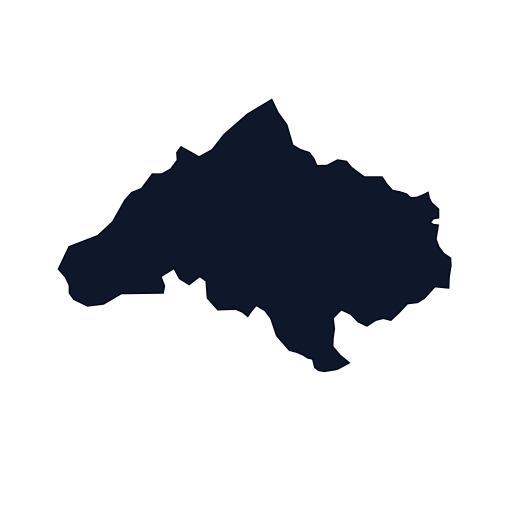 Sliven, Equal Earth projection, rotated 66°
{"feature_id": "BGR-2231", "entity_name": "Sliven", "entity_type": "Province", "adm_level": 1, "iso_a3": "BGR", "parent_name": "Bulgaria", "parent_adm1": "", "projection": "equal_earth", "projection_center": [26.271, 42.597], "detail": "fine", "context": "isolated", "style": "filled", "palette": "ink", "viewbox_px": 512, "rotation_deg": 66, "n_neighbors": 0, "source": "natural_earth", "source_scale": "10m", "svg_char_len": 1433}
<svg xmlns="http://www.w3.org/2000/svg" viewBox="0 0 512 512"><g transform="rotate(66 256 256)"><path d="M187.6,441.8L171.5,423.0L173.1,392.3L166.6,373.2L151.8,353.2L147.5,343.7L147.9,333.2L139.0,317.3L142.8,308.9L142.0,298.8L136.5,288.8L129.3,286.2L125.8,280.1L142.4,267.7L141.1,252.7L132.1,235.9L123.0,206.4L119.5,178.0L134.1,177.6L148.6,174.5L169.6,177.4L176.7,172.4L183.4,165.2L190.8,163.6L198.2,163.7L202.2,154.4L201.5,142.4L206.4,134.9L214.0,132.8L227.9,125.0L235.1,108.7L243.6,107.3L251.8,104.6L255.8,98.7L260.5,93.4L265.8,91.1L267.9,85.4L268.2,79.0L267.9,73.0L273.4,74.2L278.7,74.0L287.4,70.2L295.4,73.7L294.0,78.6L296.2,83.3L299.5,81.1L301.9,77.0L313.9,84.8L322.1,85.3L330.0,83.5L337.1,79.2L344.2,81.9L353.6,88.1L363.6,93.0L356.7,105.1L363.0,119.2L364.1,127.5L361.1,137.0L365.8,148.2L369.5,158.9L364.7,165.0L363.4,172.7L365.0,183.1L357.7,189.4L347.7,193.0L339.7,200.0L344.1,210.9L354.3,214.0L362.1,218.9L369.8,222.8L380.9,219.6L391.5,214.3L392.5,228.1L389.2,240.5L386.0,245.3L381.8,247.6L373.2,246.1L370.1,250.2L365.6,253.1L360.6,257.7L355.7,263.8L337.2,269.5L318.7,267.8L309.5,270.0L301.1,275.8L304.3,282.5L307.8,288.1L301.7,291.1L296.3,296.1L289.6,312.7L274.7,317.5L258.5,311.7L251.7,315.7L254.9,328.7L245.5,335.0L233.9,335.9L236.1,351.3L246.1,351.8L252.0,355.9L235.5,394.4L237.8,414.8L233.1,430.2L221.5,440.0L213.9,441.5L206.8,438.4L197.5,438.7L187.6,441.8Z" fill="#0f172a" stroke="#020617" stroke-width="1.5"/></g></svg>